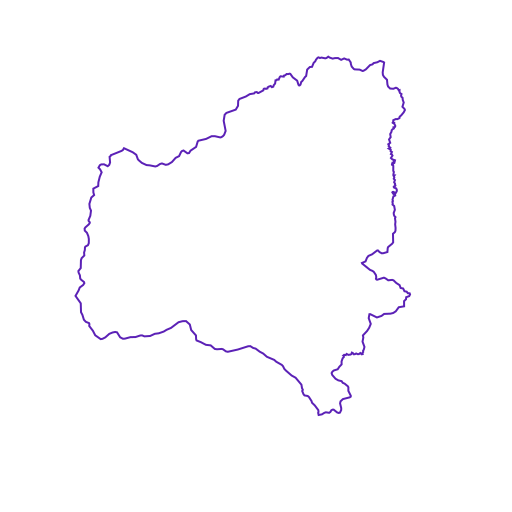 outline of Song Khwae, Nan, Thailand, rotated 254°
{"feature_id": "78962969B31957869244810", "entity_name": "Song Khwae", "entity_type": "district", "adm_level": 2, "iso_a3": "THA", "parent_name": "Thailand", "parent_adm1": "Nan", "projection": "robinson", "projection_center": [100.667, 19.412], "detail": "fine", "context": "isolated", "style": "outline", "palette": "violet", "viewbox_px": 512, "rotation_deg": 254, "n_neighbors": 0, "source": "geoboundaries", "source_scale": "gbopen_adm2", "svg_char_len": 6087}
<svg xmlns="http://www.w3.org/2000/svg" viewBox="0 0 512 512"><g transform="rotate(254 256 256)"><path d="M85.9,272.4L85.6,275.7L86.4,278.4L86.5,280.1L85.1,283.1L85.6,284.5L87.0,286.0L87.2,287.5L86.9,288.3L83.2,290.9L82.3,292.3L82.3,293.5L84.4,295.4L86.3,296.0L91.2,296.2L93.0,297.2L94.5,300.1L94.3,307.1L94.7,308.3L95.5,308.6L100.9,307.6L104.3,308.6L105.4,308.4L108.9,306.0L110.2,304.4L112.1,303.8L113.8,300.8L116.1,298.6L120.6,296.5L122.6,296.4L123.7,297.5L124.5,299.2L124.6,303.3L126.5,305.5L128.2,308.4L131.1,309.2L133.8,311.1L134.7,312.6L135.8,312.7L136.0,313.1L136.3,312.7L136.7,313.5L136.1,314.8L136.4,314.9L136.4,315.8L136.8,316.2L135.5,317.5L135.2,319.7L135.5,320.8L136.7,321.5L136.2,322.2L134.5,323.0L134.4,324.3L134.7,325.4L133.6,326.7L133.3,327.8L134.0,329.5L132.4,330.4L132.3,331.5L133.6,331.7L134.2,332.6L135.4,332.8L136.3,333.8L138.7,335.2L144.3,334.8L148.1,336.7L150.2,336.9L153.3,342.1L155.8,345.0L159.1,347.6L165.2,347.2L168.8,349.0L168.6,349.8L163.6,355.3L163.8,360.1L165.0,363.2L163.5,369.4L163.4,372.2L164.3,375.1L167.4,379.1L166.8,384.5L171.8,385.9L173.1,388.3L175.0,389.0L175.2,392.2L176.6,393.5L177.8,393.4L178.4,391.7L180.2,391.0L181.2,389.0L184.2,388.5L185.4,386.2L188.4,386.0L191.4,383.4L194.7,381.5L195.5,380.3L196.2,376.4L198.7,374.4L199.9,373.0L199.8,366.0L200.1,365.4L201.0,365.0L202.6,365.8L204.7,366.0L208.4,364.8L209.7,363.7L211.2,361.8L219.4,356.0L220.1,355.9L220.6,359.8L223.6,362.1L225.1,364.1L225.6,368.0L227.9,373.9L227.8,374.7L225.6,375.9L223.9,377.7L223.6,379.2L223.6,383.4L227.3,384.8L228.2,385.5L230.3,390.3L231.3,391.6L239.6,393.8L240.7,396.1L241.8,397.0L244.5,397.9L248.1,398.5L250.5,399.5L253.9,400.0L254.9,400.8L256.1,400.1L257.5,399.9L259.4,400.2L262.1,402.2L266.0,402.6L267.8,401.4L269.0,402.0L270.4,402.0L271.1,402.8L272.4,402.7L275.4,404.5L275.8,406.5L276.4,406.5L277.7,405.2L279.6,404.6L279.9,405.0L279.8,405.7L278.0,407.6L279.4,409.1L280.6,409.6L282.3,409.4L283.7,407.6L284.5,407.4L284.8,407.7L285.0,409.1L285.4,409.5L286.7,409.3L287.3,409.6L288.8,409.1L290.7,410.5L292.3,409.7L293.4,410.6L294.7,410.5L295.3,411.3L295.6,410.3L296.0,410.3L298.8,411.7L300.0,411.4L304.7,412.8L305.5,412.8L306.1,411.9L306.6,411.9L307.9,412.8L307.2,413.7L307.2,414.1L309.1,414.5L309.2,415.0L308.5,415.3L309.7,416.0L311.3,413.7L313.0,412.7L314.9,414.9L316.1,414.6L316.8,413.8L318.5,415.3L319.6,414.3L321.0,414.8L322.7,413.2L323.1,414.9L325.1,413.8L326.0,414.4L327.0,414.0L327.8,416.2L331.4,416.0L333.1,418.2L336.2,418.6L338.0,420.4L339.5,421.1L340.2,422.2L340.6,423.7L341.8,423.6L341.8,425.2L342.3,425.6L343.1,425.8L344.8,425.3L345.8,425.6L346.1,424.3L346.4,424.1L347.0,424.8L348.7,425.4L349.1,428.1L348.6,429.6L349.0,431.9L350.3,432.5L351.2,434.4L353.4,437.6L355.3,439.4L356.4,439.3L359.1,437.9L362.8,440.3L365.6,440.1L367.7,440.5L368.9,439.7L370.0,439.6L371.6,440.5L372.8,439.4L374.1,439.2L375.9,439.7L375.9,438.9L377.4,438.6L378.5,437.8L379.2,436.9L378.9,434.1L380.0,431.1L382.5,429.7L384.6,429.6L389.3,430.5L393.0,428.4L395.1,427.9L397.6,428.4L406.7,432.5L407.4,431.9L409.4,429.0L408.8,426.0L409.0,422.2L408.1,420.8L408.1,418.3L405.1,413.0L404.4,410.3L404.5,409.4L406.6,407.0L408.2,402.3L408.8,401.6L411.7,400.2L414.3,400.1L416.0,400.4L419.3,399.3L419.6,397.7L421.6,395.2L421.1,391.9L423.7,389.4L424.5,386.3L424.6,384.1L426.5,381.4L427.7,380.4L426.9,378.4L426.9,377.1L428.7,373.6L428.7,372.0L429.7,370.9L429.6,369.9L428.2,367.8L426.8,366.6L425.8,364.7L422.4,362.0L422.8,359.8L421.1,356.6L415.2,353.8L414.5,352.4L411.4,348.7L410.9,347.5L408.5,346.0L408.0,345.1L408.0,344.5L408.9,344.0L413.2,343.9L417.6,340.6L421.6,339.2L422.0,338.6L422.0,337.0L422.5,335.6L421.7,334.0L421.7,332.6L420.8,332.1L422.0,329.1L421.4,328.1L419.3,326.4L419.9,325.0L419.3,324.2L419.5,323.2L416.5,321.9L415.2,320.0L414.0,319.3L413.9,317.8L415.4,317.0L415.3,315.0L414.9,313.7L413.9,313.2L413.9,311.6L414.5,310.8L414.6,309.8L414.3,309.3L413.2,308.7L412.0,303.3L412.2,302.7L413.4,301.9L413.6,300.1L412.8,299.0L413.3,294.6L412.1,290.2L411.5,283.4L410.2,281.7L405.3,280.1L402.3,276.9L401.7,267.0L400.4,264.8L394.9,262.2L384.6,261.3L381.3,258.8L380.4,257.4L379.8,255.6L379.8,254.4L382.5,249.5L383.4,246.4L382.3,240.3L382.7,232.4L382.1,231.5L377.4,228.5L375.3,222.1L373.4,220.0L373.6,218.4L377.4,215.4L377.3,213.8L376.6,212.6L373.2,209.6L372.5,205.8L369.5,201.1L368.3,196.8L368.5,194.4L370.9,191.1L370.9,189.1L369.8,185.8L369.8,183.9L372.4,178.9L373.6,175.8L377.0,171.9L380.5,169.6L381.6,169.1L386.3,168.8L389.7,166.1L396.0,158.8L394.6,157.3L394.1,155.8L392.9,144.3L392.2,143.8L391.7,142.6L386.1,141.5L384.0,140.0L383.2,138.2L386.0,135.2L386.7,132.5L386.3,130.9L384.3,128.9L382.3,130.0L379.0,130.7L375.3,127.7L370.3,124.8L366.7,123.6L365.6,118.2L362.0,117.2L359.2,117.2L357.6,113.8L352.0,110.2L348.1,109.5L345.1,109.9L340.3,107.8L336.7,104.9L335.8,104.8L334.3,105.5L333.7,105.4L332.5,104.0L330.5,99.8L329.6,98.8L327.6,98.4L324.9,99.9L321.3,100.3L318.4,100.0L314.4,98.8L312.7,97.4L312.1,94.7L311.5,94.0L308.9,93.1L306.7,91.7L303.8,91.1L302.0,87.8L300.3,86.6L292.7,84.2L290.5,81.1L288.9,80.9L286.0,81.4L282.7,80.8L281.2,81.5L278.4,83.5L277.2,83.5L275.8,81.9L274.3,77.9L271.7,75.9L267.4,71.5L258.8,74.5L250.2,72.3L247.3,72.9L242.2,73.0L239.6,74.3L237.5,77.0L236.5,77.1L234.7,76.4L229.1,78.6L224.1,79.6L218.9,83.8L218.7,85.6L219.3,88.7L221.6,93.5L222.0,97.0L221.8,99.7L220.9,101.4L215.3,103.0L213.2,105.2L212.7,107.0L212.6,112.9L211.3,117.9L211.5,122.8L211.1,124.6L209.5,126.6L208.3,132.2L209.1,137.3L208.5,141.2L208.8,146.5L209.7,149.7L210.3,154.5L213.7,163.3L213.6,167.4L212.8,170.4L212.7,170.8L208.4,173.5L202.7,173.3L196.2,176.4L192.5,175.5L191.2,175.6L188.4,179.2L184.4,183.4L182.6,187.8L178.0,190.8L177.1,192.8L176.1,197.5L175.4,198.6L172.6,200.8L171.7,202.5L171.1,212.7L171.4,223.6L170.9,225.7L168.4,227.9L167.1,230.1L163.0,233.2L160.3,236.0L156.1,238.7L151.1,244.9L148.8,246.3L144.2,250.8L142.6,251.6L139.7,252.1L137.6,253.2L131.3,257.3L128.1,260.5L119.8,264.2L116.4,263.8L114.4,264.1L113.5,263.2L109.9,263.6L108.6,264.2L107.2,267.1L105.9,268.0L101.2,269.4L99.5,269.4L96.2,271.3L90.7,273.4L88.9,273.1L88.1,272.5L85.9,272.4Z" fill="none" stroke="#5b21b6" stroke-width="2"/></g></svg>